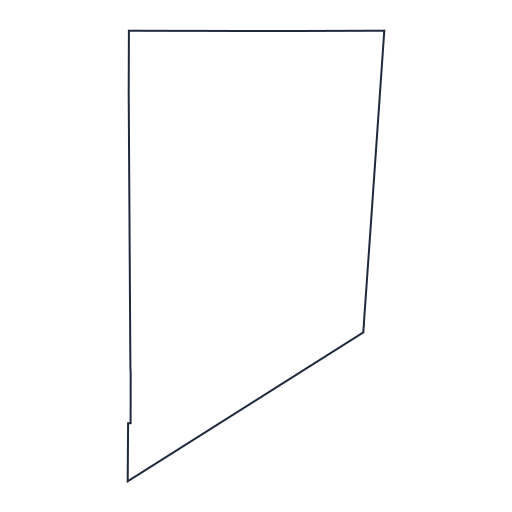 Culberson, Texas, United States of America
{"feature_id": "52423323B13187380615958", "entity_name": "Culberson", "entity_type": "district", "adm_level": 2, "iso_a3": "USA", "parent_name": "United States of America", "parent_adm1": "Texas", "projection": "orthographic", "projection_center": [-104.545, 31.332], "detail": "fine", "context": "isolated", "style": "outline", "palette": "slate", "viewbox_px": 512, "rotation_deg": 0, "n_neighbors": 0, "source": "geoboundaries", "source_scale": "gbopen_adm2", "svg_char_len": 347}
<svg xmlns="http://www.w3.org/2000/svg" viewBox="0 0 512 512"><path d="M363.3,332.4L363.6,327.3L363.9,325.7L363.9,322.9L370.1,235.0L384.3,30.7L297.1,31.0L239.4,31.0L208.2,30.9L207.4,30.9L149.0,30.8L128.9,30.7L128.7,93.8L130.4,367.9L130.7,373.0L130.6,423.2L128.1,423.2L127.7,481.3L363.3,332.4Z" fill="none" stroke="#1e293b" stroke-width="2"/></svg>